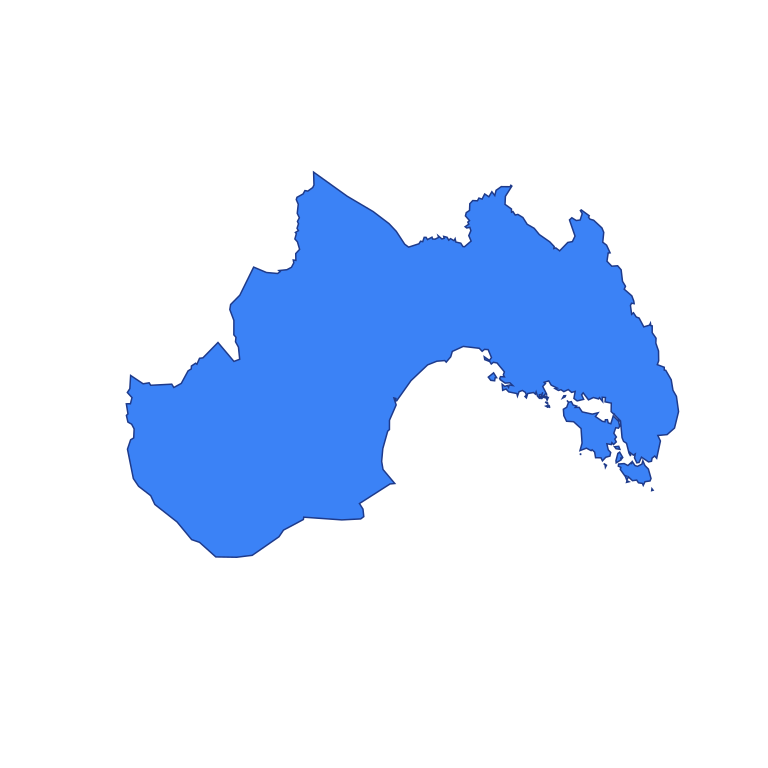 the district of Pangasinan, Dagupan, Philippines, rotated 152°
{"feature_id": "2640588B43628149657030", "entity_name": "Pangasinan", "entity_type": "district", "adm_level": 2, "iso_a3": "PHL", "parent_name": "Philippines", "parent_adm1": "Dagupan", "projection": "natural_earth1", "projection_center": [119.981, 16.031], "detail": "fine", "context": "isolated", "style": "filled", "palette": "blue", "viewbox_px": 768, "rotation_deg": 152, "n_neighbors": 0, "source": "geoboundaries", "source_scale": "gbopen_adm2", "svg_char_len": 6189}
<svg xmlns="http://www.w3.org/2000/svg" viewBox="0 0 768 768"><g transform="rotate(152 384 384)"><path d="M464.1,276.4L461.3,283.4L461.8,290.0L425.6,292.9L421.2,291.1L425.0,309.0L422.4,316.8L415.4,327.5L402.9,340.6L400.6,341.2L396.2,349.4L383.1,359.8L381.8,367.0L380.3,365.6L381.9,363.8L380.7,363.2L358.6,374.3L336.5,380.4L326.6,379.3L319.4,376.2L318.8,374.1L312.3,376.7L308.4,380.7L296.4,380.0L283.1,370.8L282.0,366.8L279.0,367.4L275.9,365.5L276.7,356.9L279.8,355.3L282.7,361.0L283.6,358.2L280.1,354.2L279.9,351.3L277.2,351.8L274.3,349.5L272.0,338.2L274.4,336.0L274.3,333.8L277.7,335.8L279.4,334.4L278.8,332.9L279.6,333.7L276.6,327.9L272.3,326.0L271.0,322.2L274.0,324.4L275.6,322.5L275.8,324.8L278.5,325.1L279.8,328.2L282.2,322.7L278.6,322.3L277.6,318.5L271.2,313.2L271.8,310.7L268.4,313.8L264.8,313.3L263.1,310.2L263.5,307.3L265.4,306.8L264.8,304.9L261.6,308.1L256.0,306.3L255.1,304.0L253.4,305.6L254.2,301.3L253.5,298.4L252.4,297.6L253.2,298.9L251.9,301.6L249.4,300.7L247.7,302.2L251.1,299.1L251.6,299.5L251.5,296.5L250.1,299.7L249.6,298.3L245.8,299.7L245.2,298.0L245.0,307.3L241.2,308.6L241.8,310.3L237.1,309.4L236.9,304.5L233.0,299.1L235.1,299.6L233.0,296.4L230.4,295.9L228.8,292.8L223.9,292.6L222.3,288.5L218.7,287.7L223.1,282.1L221.4,278.4L214.9,276.7L214.6,281.7L212.3,282.7L210.9,274.0L205.5,273.8L201.6,270.1L200.2,270.8L199.2,265.9L197.5,269.8L194.8,268.1L197.2,264.5L192.3,260.4L196.4,253.0L195.2,249.3L194.2,249.7L195.1,249.2L192.5,240.4L199.0,224.9L199.4,220.9L197.7,217.8L200.1,208.0L200.1,204.6L198.8,207.7L197.2,204.1L195.0,204.3L197.5,201.2L197.8,195.7L195.6,195.0L191.0,198.5L187.0,191.0L184.1,190.2L182.1,192.7L178.8,193.3L178.1,190.4L166.7,203.9L166.4,210.0L157.8,206.4L148.2,208.7L136.9,221.3L131.6,235.8L131.8,242.8L128.4,252.9L128.8,263.8L130.0,264.7L128.7,267.2L133.6,272.8L130.6,275.5L126.1,284.3L124.8,292.5L122.3,296.7L123.1,303.4L119.9,309.4L121.0,310.3L120.2,312.6L122.0,311.3L127.8,312.5L127.8,322.5L129.8,324.7L130.3,329.8L132.6,329.3L129.5,337.7L127.5,339.1L125.4,337.5L124.5,340.1L123.8,345.5L127.4,354.9L124.9,356.9L125.2,362.7L121.0,373.5L122.2,378.7L127.6,381.1L129.5,387.7L124.6,394.4L122.8,393.7L122.3,402.1L124.3,406.5L118.8,414.7L118.3,419.5L122.0,430.2L124.8,432.9L125.1,435.3L123.8,436.2L128.1,445.1L129.2,444.9L129.0,441.4L133.8,436.7L137.5,438.1L140.1,442.6L143.2,441.8L145.9,424.9L150.8,421.3L155.3,422.7L166.4,419.1L168.4,423.5L170.4,423.9L169.2,425.5L170.9,431.7L176.7,443.0L178.3,451.0L182.6,457.8L183.2,465.8L186.2,470.9L188.8,471.6L189.2,475.7L190.7,475.8L189.3,478.7L192.8,485.8L188.7,492.7L178.2,498.7L178.7,499.9L180.1,499.0L187.8,503.2L194.1,502.4L197.7,498.4L198.5,503.1L203.5,500.1L205.9,504.5L210.6,501.2L212.9,503.6L215.5,501.9L219.5,504.3L223.6,502.9L227.0,497.1L230.9,496.7L233.2,494.2L231.8,488.1L234.0,487.6L234.1,485.3L238.5,484.8L237.7,482.9L234.7,482.0L235.3,478.6L239.5,475.2L240.0,469.3L248.4,467.4L249.8,468.3L250.1,472.3L253.9,475.6L253.0,478.9L254.9,477.7L257.0,481.1L259.3,480.6L259.4,483.9L262.0,486.3L262.5,484.4L264.8,484.9L266.6,489.5L266.9,487.8L270.9,487.9L273.0,489.2L272.7,491.1L277.8,491.1L278.0,493.7L279.7,494.6L283.0,491.5L284.7,492.9L287.3,491.4L298.0,493.3L300.1,497.7L301.5,513.1L304.3,523.3L312.6,541.3L328.3,567.0L346.7,604.1L352.4,592.6L354.7,590.9L360.7,590.1L363.0,591.9L366.2,589.8L373.2,589.7L374.9,588.0L375.3,583.0L380.5,575.4L380.7,570.5L384.1,568.2L384.3,565.6L387.7,562.3L387.6,559.6L391.1,559.4L390.8,557.9L394.6,553.9L393.7,550.2L395.3,542.5L400.7,540.6L403.8,534.5L405.9,536.1L406.8,533.3L410.9,530.5L416.1,530.5L423.5,533.5L422.9,532.0L426.0,531.5L435.4,537.6L444.2,548.4L469.6,530.1L482.1,526.2L485.2,522.1L486.7,510.6L493.5,497.9L492.8,494.7L495.3,491.0L495.2,484.9L499.8,473.6L505.9,474.4L511.1,498.6L531.6,492.1L534.8,493.3L539.9,489.3L540.6,490.8L545.6,490.3L547.1,487.8L550.8,487.6L562.7,479.7L571.2,479.6L571.5,483.5L590.6,492.4L590.8,495.3L596.6,497.3L603.7,510.5L610.6,499.2L614.6,497.0L612.9,490.3L617.2,485.6L620.8,487.5L624.1,477.8L626.2,477.2L628.0,470.6L625.7,467.0L625.7,461.7L630.3,453.9L633.9,453.7L641.1,446.9L649.7,418.2L648.7,408.9L642.4,394.9L642.9,385.2L631.5,359.4L626.9,336.9L621.2,330.8L613.7,310.3L595.4,300.2L580.8,294.6L548.5,298.4L541.3,302.2L518.8,302.2L517.4,304.1L485.0,283.8L467.9,275.8L464.1,276.4ZM227.2,213.6L222.6,215.2L218.4,214.3L216.0,217.1L216.9,220.6L215.3,226.6L211.7,223.8L210.3,225.2L209.8,222.8L206.1,223.8L206.1,227.0L203.7,228.1L204.2,232.6L199.9,236.6L197.7,234.9L195.7,236.1L194.4,241.0L196.6,248.2L202.4,242.4L204.3,244.4L203.5,247.6L205.3,248.5L206.6,246.9L208.7,248.5L212.6,256.0L208.5,258.1L214.2,259.6L222.1,266.3L222.7,271.8L226.1,273.5L224.3,274.1L226.9,276.7L226.9,280.5L229.5,281.2L230.2,283.6L229.8,281.1L233.6,277.7L237.5,277.5L240.1,271.6L240.3,265.4L234.3,261.7L230.9,252.2L236.9,238.8L242.2,233.2L235.4,232.3L232.4,227.9L231.1,228.2L230.0,225.0L231.8,219.6L227.1,217.0L227.2,213.6ZM202.7,172.8L199.4,175.2L194.6,173.5L192.6,175.2L190.5,184.8L191.9,189.5L191.5,194.7L193.9,192.2L198.9,192.3L200.7,194.2L201.2,198.9L203.3,197.1L202.6,198.6L206.9,197.5L209.3,201.0L214.4,203.2L215.7,201.5L214.0,199.2L215.5,197.6L214.4,189.4L213.8,189.6L213.2,188.9L214.3,189.1L214.8,185.1L211.8,187.2L210.0,182.0L206.0,180.5L205.7,177.3L202.5,174.9L202.7,172.8ZM216.0,205.4L210.4,205.7L209.5,208.1L209.4,206.3L207.7,207.0L207.9,213.2L210.1,212.9L215.2,207.4L216.0,205.4ZM284.8,334.9L283.0,337.3L281.6,336.7L282.0,342.4L288.7,341.1L288.0,337.1L284.8,334.9ZM206.4,215.6L206.0,218.8L209.9,220.4L209.5,217.9L206.4,215.6ZM247.6,293.1L245.4,294.9L247.3,295.6L247.6,293.1ZM216.0,183.3L213.6,182.7L214.8,184.5L216.0,183.3ZM233.0,287.7L230.1,287.7L229.2,288.5L230.7,289.2L233.0,287.7ZM227.6,206.5L225.7,207.8L227.3,210.6L226.8,208.6L227.6,206.5ZM248.4,296.4L248.0,297.6L250.0,297.8L248.4,296.4ZM197.7,164.2L196.3,163.9L196.6,165.7L197.7,164.2ZM250.1,292.5L248.8,289.5L248.4,290.6L250.1,292.5ZM247.7,297.0L245.4,296.3L246.5,297.3L247.7,297.0ZM193.5,243.0L193.6,241.0L193.5,240.9L193.5,243.0ZM251.0,287.7L249.4,288.1L251.5,288.5L251.0,287.7ZM248.6,288.1L248.9,285.1L248.3,287.1L248.6,288.1ZM243.2,229.7L243.2,230.5L243.9,229.1L243.2,229.7ZM251.1,286.9L249.5,286.5L249.3,286.8L251.1,286.9Z" fill="#3b82f6" stroke="#1e3a8a" stroke-width="1.5"/></g></svg>